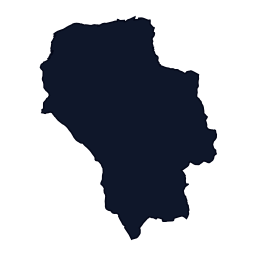 the district of Sieu, Maramures, Romania, rotated 271°
{"feature_id": "2599482B22819283509287", "entity_name": "Sieu", "entity_type": "district", "adm_level": 2, "iso_a3": "ROU", "parent_name": "Romania", "parent_adm1": "Maramures", "projection": "orthographic", "projection_center": [24.196, 47.709], "detail": "fine", "context": "isolated", "style": "filled", "palette": "ink", "viewbox_px": 256, "rotation_deg": 271, "n_neighbors": 0, "source": "geoboundaries", "source_scale": "gbopen_adm2", "svg_char_len": 5812}
<svg xmlns="http://www.w3.org/2000/svg" viewBox="0 0 256 256"><g transform="rotate(271 128 128)"><path d="M103.7,216.6L105.4,216.0L107.3,215.9L108.7,214.2L109.4,213.8L112.2,212.9L113.2,212.7L116.3,213.6L118.0,215.1L119.4,216.0L120.2,216.3L123.1,216.4L124.8,215.7L126.9,215.4L127.4,214.7L127.1,213.3L127.5,212.0L127.3,211.7L128.0,208.6L128.5,207.9L130.2,206.4L132.7,206.5L134.7,206.0L137.2,205.1L139.8,206.7L140.5,206.9L141.3,205.9L142.8,204.6L143.1,204.1L144.1,203.4L146.4,203.3L150.2,202.7L151.7,202.2L153.3,201.1L155.7,200.4L157.0,199.1L158.5,198.2L159.4,196.9L159.8,196.5L160.2,196.2L160.9,196.0L162.6,196.0L164.7,196.4L167.5,196.0L168.2,196.1L169.6,196.4L170.0,196.9L170.6,197.3L171.7,197.4L174.3,197.0L176.5,197.1L178.4,197.5L180.9,197.3L182.5,197.5L185.0,192.6L185.9,190.6L186.1,189.8L185.7,188.5L185.5,187.1L185.1,185.8L184.3,185.4L183.5,184.2L183.4,183.7L185.0,181.0L185.8,178.5L186.9,177.0L187.1,176.1L187.0,173.4L187.7,172.7L187.9,171.1L187.7,169.6L188.4,167.8L188.8,165.0L189.5,162.9L190.1,161.5L190.3,160.6L190.7,159.8L190.8,159.0L191.6,159.2L192.3,158.1L192.6,157.9L193.8,157.7L194.4,156.9L195.2,156.8L196.5,156.1L196.9,156.2L197.2,156.5L197.6,156.7L198.9,156.7L199.7,156.4L199.9,156.3L200.8,155.2L200.9,154.8L200.7,154.4L201.4,154.1L201.8,154.1L202.3,153.6L202.8,153.3L203.6,153.2L204.8,152.7L205.1,152.2L205.8,151.6L206.2,151.7L206.2,152.1L206.6,152.3L207.3,152.2L207.8,151.8L208.4,151.9L208.1,151.4L208.1,151.2L208.3,151.1L210.1,151.5L213.6,150.4L214.1,150.8L215.2,151.1L216.8,150.4L219.3,150.7L219.3,151.2L219.8,151.7L220.5,152.0L220.8,152.3L222.6,152.7L223.4,152.7L223.7,152.5L223.9,151.6L225.2,151.4L227.6,151.9L228.5,152.4L228.8,152.2L229.1,150.9L229.5,150.7L230.7,149.7L231.7,148.7L232.6,148.2L233.1,148.1L235.5,148.2L236.2,148.0L235.9,146.4L237.7,141.6L238.0,140.4L238.1,139.5L237.9,136.3L237.1,138.1L237.0,137.7L236.5,135.5L236.2,132.3L237.2,132.3L238.4,132.8L239.1,132.9L236.6,127.9L236.1,126.1L234.4,124.0L234.3,122.5L235.4,122.4L235.1,118.7L235.4,117.1L235.6,117.1L235.8,116.3L236.1,116.3L236.2,115.7L234.4,115.3L234.4,113.2L233.6,110.8L231.9,104.2L232.1,103.3L232.1,102.5L231.7,100.8L230.8,99.1L229.7,97.9L230.2,97.5L229.4,96.3L230.3,96.1L230.3,94.5L230.5,92.7L230.3,91.4L229.7,89.9L229.7,88.1L230.0,86.4L230.2,84.7L230.2,83.5L230.0,82.6L230.5,81.2L230.3,81.1L231.0,79.8L231.0,78.4L231.4,77.4L231.5,76.3L231.6,74.7L231.4,72.8L230.9,71.2L230.2,70.3L228.3,66.4L227.9,66.0L227.6,65.2L227.4,65.0L225.7,62.3L225.1,61.1L224.7,59.8L223.0,55.5L222.6,55.2L222.0,54.0L221.5,53.4L221.6,54.2L220.3,52.8L219.4,53.8L218.6,52.4L218.4,52.4L217.9,53.3L216.7,52.5L213.7,51.2L213.8,51.1L212.4,50.2L212.0,50.2L211.6,50.6L209.5,50.2L208.0,50.3L207.6,49.9L207.1,49.9L206.5,49.7L206.1,49.7L205.6,50.0L205.2,49.9L205.0,50.1L204.2,49.8L203.9,50.2L203.6,50.1L203.9,51.1L203.9,51.7L203.7,51.9L202.9,51.5L202.6,50.9L202.0,51.0L202.3,50.4L201.7,50.1L200.5,49.8L200.3,50.0L200.3,50.4L200.1,50.5L199.9,50.0L200.1,49.1L199.2,48.8L199.2,49.0L198.1,48.2L197.4,48.5L197.3,47.9L196.9,47.7L196.2,48.1L196.0,47.0L195.4,47.4L194.2,46.5L193.6,45.7L192.7,44.0L192.2,42.6L191.4,42.3L191.0,41.9L190.6,41.1L189.7,40.2L188.9,39.9L187.9,39.8L187.3,39.4L186.7,39.6L185.5,40.4L184.8,41.3L183.6,42.1L183.2,42.3L178.5,42.3L176.5,41.8L175.4,41.7L174.1,42.0L172.8,42.8L170.6,43.3L166.9,43.4L164.1,45.5L163.4,46.5L161.6,48.3L159.3,49.0L158.1,48.3L157.6,48.4L157.4,48.3L156.8,47.7L156.3,46.8L155.8,46.3L153.9,45.2L153.0,44.3L151.8,43.4L150.7,43.3L145.9,43.4L145.5,43.1L144.8,41.8L143.1,41.9L142.5,41.9L141.9,41.6L141.8,42.1L141.8,43.0L141.3,44.3L141.2,45.0L141.4,45.4L141.9,46.3L142.0,47.8L142.7,49.8L142.6,50.4L142.3,51.2L142.1,52.2L140.8,52.8L139.4,54.0L138.4,54.7L137.8,55.6L137.1,56.0L134.6,58.2L131.3,62.5L130.7,63.8L129.4,65.6L128.0,67.1L126.5,68.4L125.3,69.2L122.6,71.5L119.8,73.2L117.7,74.4L115.2,76.5L114.3,77.7L113.5,79.2L112.7,80.4L112.3,81.3L112.3,82.8L112.0,83.4L110.7,84.5L109.6,85.6L107.9,87.7L105.1,90.5L103.4,91.9L101.8,93.0L99.3,95.0L98.4,95.5L97.6,95.8L95.9,95.8L95.2,96.3L95.0,96.7L94.7,98.7L94.2,99.5L91.4,102.0L89.0,102.9L87.3,103.9L82.9,104.2L81.7,103.8L79.8,103.5L76.1,103.5L72.6,102.1L71.7,102.0L71.3,102.2L70.1,103.7L68.9,104.6L67.2,105.6L65.4,105.3L63.0,105.6L62.1,106.1L61.3,106.7L59.5,107.1L54.4,106.7L51.4,107.0L49.0,107.0L47.3,107.5L46.7,108.0L45.6,109.8L45.2,111.7L45.0,112.0L44.7,113.0L43.9,113.2L43.3,113.8L42.8,114.5L42.5,116.2L42.7,117.5L42.6,118.2L42.1,119.3L41.4,120.2L40.7,120.5L39.7,120.3L37.0,121.6L33.5,123.7L31.9,124.5L31.2,125.1L30.6,126.0L30.3,126.6L29.2,126.9L28.6,126.6L28.1,126.7L21.6,131.2L16.9,133.6L17.3,134.3L18.5,138.4L19.4,139.5L21.9,141.2L23.2,141.8L26.1,141.8L26.7,141.7L28.3,141.1L31.2,143.3L33.5,144.8L35.5,146.6L38.3,149.0L38.8,150.1L39.6,150.6L39.7,151.2L39.4,152.2L39.0,153.2L39.0,154.5L38.7,155.6L38.1,156.7L37.8,157.4L37.9,158.0L39.0,158.5L39.1,158.8L38.9,160.0L38.5,161.6L37.7,163.9L37.4,164.2L37.2,164.3L35.9,164.2L35.5,164.5L35.4,164.9L35.4,166.4L35.5,167.8L35.8,168.9L36.1,173.9L36.3,174.7L36.5,175.0L38.4,175.5L38.8,175.8L40.6,181.3L41.1,183.2L41.0,184.3L40.1,186.1L38.6,188.0L40.5,189.0L43.0,189.9L44.0,189.9L45.1,189.6L46.0,189.6L47.0,190.2L49.9,189.6L51.6,189.4L52.1,189.1L52.5,188.4L54.4,188.3L55.1,187.8L55.6,187.8L56.2,188.0L58.0,187.5L58.7,187.0L60.2,186.8L61.8,185.4L63.1,184.9L66.2,184.2L67.3,184.6L67.8,184.9L70.4,186.1L72.7,189.1L72.9,189.0L72.9,187.1L73.3,186.7L74.5,186.2L76.8,186.0L78.6,186.2L80.2,185.8L80.9,185.4L81.3,185.9L84.0,184.3L86.6,182.1L87.7,183.8L90.8,188.0L91.7,188.8L92.5,189.2L94.2,189.6L95.1,190.2L95.2,191.1L95.1,191.5L94.3,193.1L93.7,193.9L92.9,195.7L92.8,196.5L92.8,198.2L92.8,199.4L92.9,199.7L93.9,200.8L94.5,201.8L95.5,203.0L96.2,203.7L96.4,204.0L96.2,205.9L95.0,208.6L94.9,209.5L95.0,210.1L97.1,212.8L97.7,213.3L99.6,214.1L100.7,214.1L102.1,214.7L102.8,215.4L103.7,216.6Z" fill="#0f172a" stroke="#020617" stroke-width="1.5"/></g></svg>